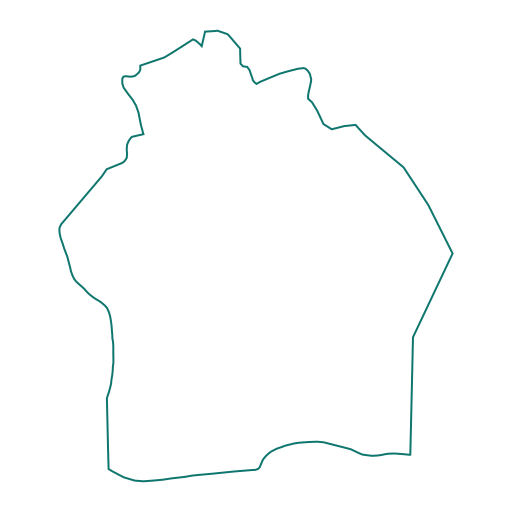 Haydan, Sa`dah, Yemen (Mercator projection)
{"feature_id": "15242507B69358324937252", "entity_name": "Haydan", "entity_type": "district", "adm_level": 2, "iso_a3": "YEM", "parent_name": "Yemen", "parent_adm1": "Sa`dah", "projection": "mercator", "projection_center": [43.376, 16.723], "detail": "fine", "context": "isolated", "style": "outline", "palette": "teal", "viewbox_px": 512, "rotation_deg": 0, "n_neighbors": 0, "source": "geoboundaries", "source_scale": "gbopen_adm2", "svg_char_len": 2792}
<svg xmlns="http://www.w3.org/2000/svg" viewBox="0 0 512 512"><path d="M410.3,454.7L411.0,424.9L413.0,337.2L452.6,253.5L428.3,205.0L412.2,180.5L410.5,177.9L403.5,167.3L376.6,145.0L375.4,144.0L365.0,135.3L357.5,127.1L355.6,124.9L344.2,126.1L332.8,129.0L331.8,129.3L323.5,124.1L320.4,117.5L317.2,110.7L314.7,106.6L314.0,105.5L313.2,104.2L312.2,102.5L308.1,98.7L308.1,96.5L308.1,95.2L309.0,90.5L310.0,86.3L310.9,82.0L311.0,81.6L311.2,79.3L309.8,73.7L307.6,70.5L305.4,68.6L303.4,68.1L297.8,68.8L287.6,71.4L279.7,73.7L267.8,78.6L260.0,81.9L259.6,82.1L258.5,82.8L256.5,83.9L256.4,83.8L254.1,81.9L252.7,79.9L252.5,78.8L252.5,78.4L251.7,76.4L250.5,73.0L250.3,72.4L249.4,69.8L247.8,67.8L247.2,66.9L243.1,66.4L241.2,64.4L240.5,63.6L240.2,54.1L240.1,48.6L232.0,39.1L228.1,34.6L226.5,33.8L217.7,30.8L217.5,30.7L215.2,31.0L210.7,31.3L205.1,31.6L201.7,46.2L201.4,45.9L200.9,45.3L200.4,44.7L200.1,44.3L199.2,43.7L198.7,43.2L198.2,42.7L197.7,42.2L197.1,41.8L196.5,41.3L196.0,40.8L195.3,40.4L193.0,39.4L188.5,42.3L174.1,51.5L173.8,51.7L165.1,57.0L164.6,57.2L164.2,57.5L140.3,65.6L140.3,66.5L140.3,69.8L138.9,72.5L135.1,75.8L132.7,76.5L130.2,76.7L125.8,76.2L123.4,76.7L122.3,78.6L122.3,83.4L123.6,87.6L128.0,93.8L132.7,99.8L136.0,105.6L138.5,112.6L139.9,119.9L141.1,125.7L143.4,134.2L132.0,136.8L130.9,137.8L128.7,140.9L127.1,144.6L126.7,149.5L127.1,154.1L126.7,158.0L124.7,161.0L122.5,162.8L106.8,169.2L105.8,170.5L104.4,172.6L101.8,176.4L61.3,224.1L59.6,227.5L59.5,228.0L59.5,228.4L59.4,230.2L59.4,231.1L59.9,234.7L60.8,238.6L62.1,242.0L63.2,245.4L64.3,248.8L65.8,252.8L67.2,256.3L68.3,260.5L69.2,263.9L70.2,267.7L71.0,271.4L72.3,275.0L74.0,278.7L76.1,281.5L78.7,283.9L81.7,286.5L84.4,289.0L86.9,291.9L89.5,294.4L92.3,296.6L92.5,296.8L95.4,298.8L98.7,300.7L100.6,302.0L101.7,302.8L104.6,305.3L107.0,307.9L108.1,310.4L108.8,311.8L110.1,316.2L110.8,320.2L111.3,323.6L111.7,327.5L112.0,331.9L112.3,335.3L112.4,338.7L112.5,338.9L113.1,342.5L113.3,346.4L113.3,349.5L113.3,350.4L113.3,351.0L113.3,354.4L113.4,358.4L113.4,359.0L113.4,362.9L112.9,366.5L112.7,370.6L112.3,374.8L111.5,379.4L111.3,381.1L111.1,383.5L111.0,384.0L110.1,387.8L109.0,391.9L107.6,395.9L106.9,398.3L108.1,451.1L108.6,469.0L112.1,471.2L119.1,474.9L124.0,477.4L134.8,480.6L143.5,481.3L152.8,480.6L162.9,479.7L171.4,478.4L184.6,476.9L192.0,475.6L200.0,474.8L212.4,473.7L234.0,471.5L252.4,470.0L255.4,469.9L257.9,469.0L259.6,467.4L260.8,464.6L262.9,459.7L265.8,456.1L268.4,453.7L270.8,451.8L274.7,449.7L277.5,448.4L282.1,446.9L285.4,445.6L289.2,444.7L293.5,443.6L298.3,442.8L303.2,442.4L309.0,442.0L317.1,441.7L323.7,442.3L333.5,444.8L350.7,449.2L359.3,453.3L362.5,454.6L366.2,455.1L371.8,455.8L376.7,455.6L381.3,455.0L385.7,454.1L388.8,453.7L394.2,453.5L401.5,454.0L409.9,454.8L410.3,454.7Z" fill="none" stroke="#0f766e" stroke-width="2"/></svg>